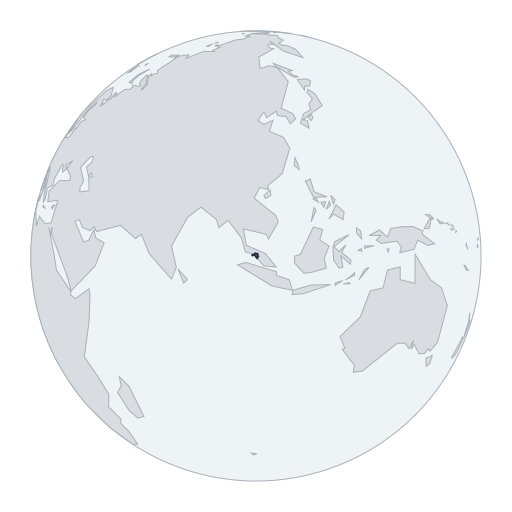 the Earth from above Kedah, rotated 338°
{"feature_id": "MYS-1140", "entity_name": "Kedah", "entity_type": "State", "adm_level": 1, "iso_a3": "MYS", "parent_name": "Malaysia", "parent_adm1": "", "projection": "orthographic", "projection_center": [100.502, 5.804], "detail": "fine", "context": "on_globe", "style": "filled", "palette": "slate", "viewbox_px": 512, "rotation_deg": 338, "n_neighbors": 0, "source": "natural_earth", "source_scale": "10m", "svg_char_len": 9134}
<svg xmlns="http://www.w3.org/2000/svg" viewBox="0 0 512 512"><g transform="rotate(338 256 256)"><circle cx="256" cy="256" r="225" fill="#eef3f6" stroke="#a8b0b8"/><path d="M468.9,322.0L468.4,323.6L468.3,323.8L468.9,322.0ZM382.5,69.6L386.7,72.7L379.4,67.5L382.5,69.6ZM371.0,62.3L372.1,63.0L367.8,60.5L366.6,60.1L361.3,57.3L354.4,53.4L350.9,51.8L352.9,53.0L348.8,51.6L346.4,49.8L339.0,47.3L326.2,42.0L325.9,41.8L341.4,47.5L356.5,54.4L371.0,62.3ZM367.4,60.6L369.3,61.7L367.8,61.1L367.4,60.6ZM358.4,56.3L355.4,55.3L357.2,55.6L358.4,56.3ZM353.0,54.3L346.1,52.5L349.7,54.7L335.5,48.3L346.1,51.5L347.7,51.4L349.5,52.7L353.0,54.3ZM328.8,45.4L326.1,44.7L327.6,44.8L328.8,45.4ZM76.2,120.2L76.9,119.7L75.9,121.6L68.8,131.3L63.6,146.0L70.2,138.1L72.5,147.2L78.5,148.4L93.1,130.1L83.3,127.6L88.5,118.3L102.0,112.6L111.5,116.2L113.9,112.8L113.6,103.9L121.8,98.8L114.3,100.6L112.9,104.2L108.2,105.8L109.1,102.6L111.9,100.7L110.7,98.6L97.5,109.3L94.7,114.2L87.9,114.8L82.6,123.3L78.7,126.8L86.1,113.9L89.9,109.5L98.9,96.2L94.3,100.6L85.5,113.8L85.6,112.5L79.3,119.8L84.2,113.3L95.0,98.8L93.4,100.0L105.1,88.7L117.6,78.2L121.4,75.4L122.2,75.2L133.7,67.4L135.7,66.5L128.3,71.2L123.6,74.8L126.6,75.8L129.7,74.4L136.9,69.5L136.8,70.9L143.5,66.1L149.3,65.5L147.8,62.6L156.3,57.9L164.4,55.2L166.9,53.4L153.7,58.1L148.7,60.6L144.8,63.4L130.9,71.2L128.1,72.2L141.6,62.9L139.0,63.7L150.6,57.1L179.2,46.8L186.8,46.1L181.6,53.4L175.0,55.6L173.6,53.7L167.2,59.3L171.4,56.9L171.3,58.4L179.4,55.3L179.8,56.2L186.9,51.9L188.2,52.8L183.7,55.5L196.8,52.6L201.8,54.2L204.6,53.2L206.2,51.6L211.5,55.3L213.3,54.4L212.3,52.8L215.3,50.2L222.6,47.3L224.0,48.7L221.6,49.9L218.6,55.1L211.8,58.7L213.2,59.1L219.4,56.3L223.0,50.0L227.0,47.9L226.2,50.6L226.8,49.4L229.3,48.9L233.0,49.9L234.3,47.0L259.2,41.9L269.0,44.1L265.5,46.5L284.4,46.8L293.9,50.8L293.0,49.1L301.4,49.1L298.5,47.7L298.7,47.0L319.0,48.2L324.8,50.1L332.5,50.1L332.0,49.5L328.0,47.9L335.5,48.3L349.7,54.7L350.1,55.7L358.7,59.6L358.4,61.9L362.1,66.1L356.8,67.3L360.2,71.1L363.2,72.3L370.1,79.0L373.9,89.7L357.6,75.6L349.3,61.7L351.6,66.5L347.1,64.1L345.5,65.2L347.5,69.2L350.1,70.4L333.1,72.6L329.9,83.8L339.7,84.5L346.3,89.4L351.2,106.4L334.7,128.3L343.4,137.8L344.2,143.6L337.4,146.3L336.0,137.8L328.7,134.0L328.9,129.2L317.6,131.9L317.4,125.2L308.6,131.2L312.5,136.9L322.6,136.5L315.1,145.4L326.0,156.3L327.7,168.7L311.1,189.5L293.4,195.1L292.5,199.1L285.2,194.0L275.9,201.6L289.6,225.9L289.4,232.7L274.1,244.9L273.7,239.8L254.5,226.2L251.0,242.5L265.6,257.1L270.6,273.7L259.5,268.0L254.4,253.4L247.6,248.2L249.3,233.9L243.5,212.5L232.2,215.8L233.0,207.5L223.2,190.0L207.0,194.5L181.3,215.2L177.9,236.7L169.0,245.7L157.8,213.8L157.9,193.1L150.7,194.6L141.8,176.8L117.3,173.6L116.7,168.3L111.5,170.3L105.7,164.5L105.9,156.0L101.1,156.0L101.4,178.5L106.9,178.7L115.5,171.0L114.2,179.0L120.1,186.9L103.2,204.9L71.6,219.1L73.4,202.9L74.6,158.8L77.3,154.3L77.5,153.8L77.8,152.9L72.9,160.0L74.7,151.8L68.8,181.4L65.7,194.3L71.1,220.0L69.4,222.3L72.6,227.9L88.7,223.8L87.8,229.2L77.1,253.3L59.1,285.2L64.3,309.0L67.8,329.0L62.8,340.7L69.6,356.4L67.9,361.0L72.0,369.8L74.3,378.4L75.7,386.1L71.3,384.4L66.0,376.2L56.1,359.7L43.8,331.7L39.1,316.8L36.0,304.0L33.5,290.4L31.5,275.0L30.7,258.6L31.1,242.1L32.8,225.7L35.6,209.5L39.6,193.5L44.7,177.8L51.0,162.6L58.4,147.9L66.8,133.7L76.2,120.2ZM116.7,130.6L125.7,133.0L130.2,120.9L134.1,121.1L134.2,117.2L130.5,120.1L132.2,110.0L139.2,107.6L142.5,103.0L139.6,102.1L126.5,108.2L124.1,122.3L118.4,126.5L116.7,130.6ZM239.9,31.3L238.6,31.5L231.6,32.2L233.4,31.9L224.5,33.1L222.9,33.2L222.0,33.3L218.0,33.9L217.2,34.1L239.9,31.3ZM78.9,118.3L78.8,118.9L79.7,118.9L75.8,123.8L78.9,118.3ZM86.0,108.4L86.6,108.0L81.4,114.2L81.5,113.8L86.0,108.4ZM91.3,102.8L87.0,107.5L89.4,104.7L91.3,102.8ZM129.3,70.8L130.5,70.4L128.8,71.5L126.2,73.2L129.3,70.8ZM204.9,38.4L206.9,37.6L208.3,37.3L215.5,35.5L217.3,35.7L213.6,36.9L204.9,38.4ZM88.9,132.9L84.6,136.0L84.8,134.0L86.3,133.3L88.9,132.9ZM77.9,129.4L78.3,132.5L76.8,130.7L77.9,129.4ZM208.1,38.3L210.9,37.4L210.1,38.1L208.1,38.3ZM219.0,35.8L218.8,36.4L218.4,35.5L219.0,35.8ZM178.0,437.0L182.7,439.7L179.4,439.6L178.0,437.0ZM89.4,329.0L92.0,362.8L85.8,362.1L80.4,351.6L76.5,330.8L82.4,325.8L84.0,316.7L89.4,329.0ZM326.4,314.5L332.9,315.8L332.6,316.9L326.4,314.5ZM319.6,310.6L327.1,311.3L318.2,312.8L319.6,310.6ZM330.0,311.6L337.7,309.9L341.0,308.4L340.4,310.6L330.0,311.6ZM314.5,310.4L286.2,308.7L275.0,305.3L277.7,301.6L295.9,303.5L314.5,310.4ZM276.8,301.4L259.5,289.7L235.6,257.2L244.2,258.2L269.1,278.3L267.5,281.5L278.0,290.6L276.8,301.4ZM318.3,283.7L316.6,293.6L301.1,291.9L294.0,289.9L289.1,276.9L291.8,270.6L297.7,271.1L320.0,250.6L327.8,256.4L321.1,265.1L327.5,274.1L318.3,283.7ZM178.8,238.8L183.6,252.1L178.8,254.0L178.8,238.8ZM328.8,236.1L319.9,245.0L327.9,232.9L328.8,236.1ZM333.4,224.7L334.0,229.4L330.3,224.6L333.4,224.7ZM292.5,205.5L286.3,206.2L286.0,202.9L293.8,200.1L292.5,205.5ZM329.0,179.5L329.3,188.8L328.3,192.0L325.3,186.1L329.0,179.5ZM227.3,42.9L215.2,44.8L207.7,47.3L205.3,49.9L203.5,47.4L215.1,43.6L227.3,42.9ZM255.1,41.6L257.2,39.9L259.7,40.7L259.6,41.1L255.1,41.6ZM253.9,40.6L249.9,38.8L253.3,37.9L255.8,39.5L253.9,40.6ZM228.5,37.2L224.8,37.7L225.6,37.0L228.5,37.2ZM417.4,408.3L417.3,410.1L411.0,416.2L403.4,422.4L398.6,424.2L417.4,408.3ZM372.6,422.0L375.2,414.5L382.2,414.2L376.9,420.7L372.6,422.0ZM422.5,403.6L428.2,397.0L433.2,388.4L429.2,396.3L430.4,396.8L418.3,409.5L422.5,403.6ZM354.4,389.8L311.5,402.5L302.7,400.2L306.3,394.0L300.9,374.6L303.9,375.1L303.7,362.2L329.8,351.6L348.9,331.1L361.9,333.1L372.7,318.2L385.6,320.1L380.8,332.0L393.1,340.9L404.2,314.1L409.0,343.8L416.1,354.9L414.8,373.7L392.0,404.0L381.5,409.5L380.7,406.5L376.0,409.4L370.4,407.8L369.7,397.4L365.0,400.4L370.6,393.0L363.3,399.4L361.5,392.8L354.4,389.8ZM445.4,342.6L446.5,343.5L447.5,348.9L445.7,347.8L445.4,342.6ZM465.6,327.8L465.4,330.3L464.5,330.8L465.6,327.8ZM468.3,323.8L467.2,324.7L468.9,322.0L468.3,323.8ZM455.0,326.0L455.4,327.9L454.8,328.5L455.0,326.0ZM454.6,325.4L455.8,322.5L455.3,325.4L454.6,325.4ZM449.9,308.9L450.9,307.4L451.2,308.6L449.9,308.9ZM342.5,316.5L351.7,309.2L356.6,308.8L342.5,316.5ZM448.9,305.5L446.7,305.1L447.0,303.5L448.9,305.5ZM449.3,301.9L449.2,299.7L450.2,305.0L449.3,301.9ZM445.2,296.6L447.8,300.7L444.8,297.0L445.2,296.6ZM443.5,297.0L441.4,295.1L441.6,294.4L443.5,297.0ZM418.2,297.8L426.1,311.5L419.3,310.6L411.8,301.9L405.1,309.0L390.5,306.8L394.1,302.3L392.3,295.1L376.7,291.2L373.5,286.4L379.2,283.7L368.7,279.4L380.3,278.1L384.9,287.8L391.3,280.9L402.2,283.5L412.4,287.4L420.2,295.2L418.2,297.8ZM380.0,298.8L382.0,299.0L380.1,301.7L380.0,298.8ZM437.6,289.4L440.5,294.3L440.1,295.5L438.6,294.6L437.6,289.4ZM422.1,293.7L430.7,286.6L432.6,286.9L426.9,295.3L422.1,293.7ZM428.8,281.3L432.6,282.8L434.5,287.4L433.7,288.5L428.8,281.3ZM356.4,288.6L355.9,291.2L352.8,289.0L356.4,288.6ZM360.4,287.3L369.5,290.7L359.5,289.5L360.4,287.3ZM331.9,276.5L334.6,282.9L343.4,279.4L336.7,284.7L342.5,295.3L340.4,299.0L334.7,287.6L332.4,298.9L328.5,298.5L326.5,288.6L330.5,276.9L334.4,272.2L350.2,271.1L331.9,276.5ZM360.4,279.7L357.9,272.4L359.7,267.7L362.4,271.6L360.4,279.7ZM350.4,254.8L343.6,246.2L337.6,249.0L349.5,238.4L354.1,248.3L350.4,254.8ZM344.3,236.6L338.7,239.0L344.4,232.8L344.3,236.6ZM337.2,236.2L336.4,230.6L340.9,231.6L337.2,236.2ZM347.3,237.0L348.0,227.6L350.4,233.3L347.3,237.0ZM333.9,218.1L344.0,227.7L331.3,223.1L329.8,205.1L335.2,205.0L333.9,218.1ZM357.9,151.1L356.1,146.4L360.6,145.8L360.6,149.1L357.9,151.1ZM373.8,141.3L361.2,144.2L350.9,147.3L354.5,149.7L353.1,157.3L347.0,149.6L353.6,141.8L361.6,140.9L361.9,134.8L367.2,131.3L364.6,123.6L366.6,120.8L371.4,127.7L373.8,141.3ZM363.1,120.4L360.5,108.0L369.5,110.8L372.1,114.1L369.5,118.5L364.9,116.7L363.1,120.4ZM362.5,105.9L358.0,104.3L344.6,86.5L344.1,83.7L359.0,97.6L355.6,97.0L357.2,101.2L362.5,105.9ZM327.4,45.5L326.2,44.8L328.7,45.7L327.4,45.5ZM296.9,46.3L297.6,45.5L300.5,46.2L296.9,46.3ZM300.9,43.8L297.2,43.4L300.6,43.2L300.9,43.8ZM288.9,43.0L295.4,43.0L290.1,43.9L288.9,43.0Z" fill="#d9dde1" stroke="#a8b0b8" stroke-width="1"/><path d="M255.5,253.2L255.8,253.2L256.0,253.3L256.3,253.4L256.4,253.5L256.5,253.5L256.8,253.3L256.9,253.5L257.0,253.5L257.2,253.8L257.3,254.0L257.3,254.3L257.6,254.3L257.8,254.2L258.0,254.3L258.2,254.2L258.3,254.3L258.3,254.5L258.2,254.5L258.2,254.8L258.3,254.8L258.3,255.0L258.3,255.3L258.3,255.5L258.2,255.5L257.8,256.0L257.8,256.3L257.8,256.6L257.7,256.7L257.7,256.8L257.8,256.9L257.7,256.9L257.7,257.0L257.5,257.3L257.4,257.5L257.4,257.8L257.2,257.9L257.0,258.0L256.9,258.0L256.7,258.3L256.4,258.6L256.3,258.8L256.2,258.8L256.0,258.7L256.2,258.1L256.1,257.3L256.1,257.1L255.4,256.9L255.4,256.5L255.5,256.6L255.5,256.4L255.5,256.0L255.4,255.2L255.2,254.8L255.1,254.5L255.0,254.4L254.9,254.3L254.8,254.2L255.3,253.6L255.5,253.5L255.5,253.4L255.5,253.2L255.5,253.2ZM253.7,253.8L253.6,254.0L253.4,254.0L253.2,254.1L252.9,254.0L253.0,253.9L252.9,253.8L252.7,253.8L252.7,253.7L252.8,253.5L253.0,253.5L253.3,253.5L253.3,253.4L253.5,253.4L253.5,253.5L253.7,253.8ZM253.2,254.3L253.3,254.2L253.4,254.3L253.4,254.5L253.2,254.5L253.2,254.4L253.2,254.3Z" fill="#64748b" stroke="#1e293b" stroke-width="1.5"/></g></svg>